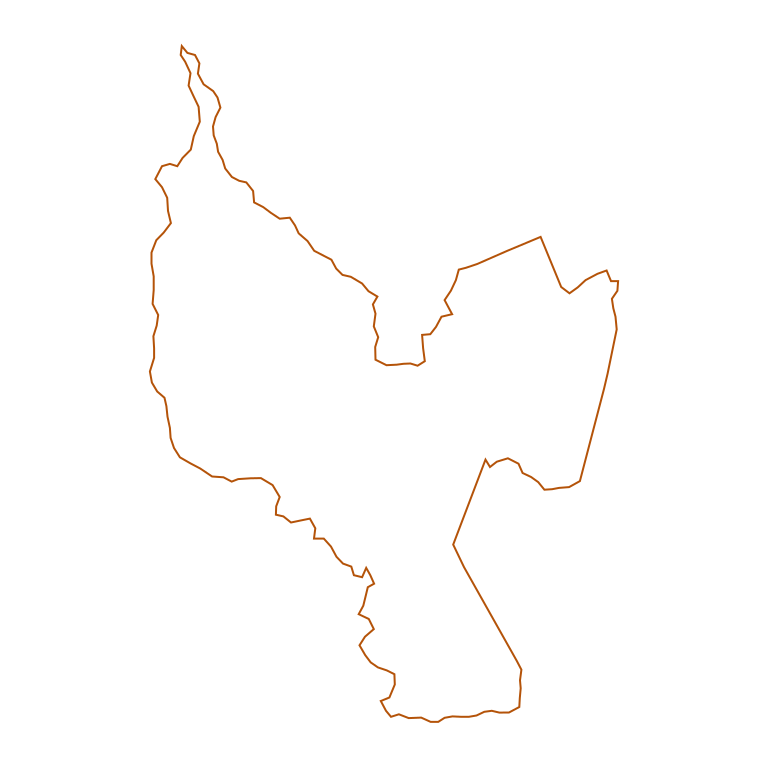 the district of São Martinho, Santa Catarina, Brazil
{"feature_id": "56859067B20212770642910", "entity_name": "São Martinho", "entity_type": "district", "adm_level": 2, "iso_a3": "BRA", "parent_name": "Brazil", "parent_adm1": "Santa Catarina", "projection": "mercator", "projection_center": [-48.982, -28.115], "detail": "fine", "context": "isolated", "style": "outline", "palette": "amber", "viewbox_px": 768, "rotation_deg": 0, "n_neighbors": 0, "source": "geoboundaries", "source_scale": "gbopen_adm2", "svg_char_len": 2526}
<svg xmlns="http://www.w3.org/2000/svg" viewBox="0 0 768 768"><path d="M491.8,710.8L499.4,712.6L509.0,712.5L519.3,707.0L519.8,698.0L520.7,688.3L520.0,680.3L521.4,669.7L516.9,661.1L464.0,567.1L453.2,544.6L485.5,459.6L490.0,467.0L496.8,461.7L507.9,458.3L518.5,463.7L522.6,473.0L531.1,477.0L538.2,482.1L544.4,489.7L552.1,489.2L559.0,487.9L569.1,487.1L579.9,481.1L604.0,388.9L607.6,373.6L616.7,329.4L615.5,316.7L613.3,308.2L611.9,298.8L617.4,290.8L618.1,281.1L611.0,281.1L606.6,270.5L597.5,273.8L585.6,280.1L577.7,287.4L569.5,293.3L561.2,287.0L540.6,236.9L532.7,240.2L507.1,250.9L477.2,264.0L465.9,267.8L458.8,269.6L455.9,280.1L450.9,290.7L444.6,300.1L452.1,314.2L441.5,316.7L436.0,326.9L430.3,334.2L422.1,334.9L423.1,348.1L424.8,361.2L417.6,365.7L410.4,363.5L403.4,363.8L396.6,364.7L386.5,365.2L375.5,359.7L375.2,347.0L378.2,337.2L373.8,326.4L375.5,313.7L372.9,304.4L377.4,296.6L368.5,291.2L362.1,283.5L350.8,276.8L342.5,274.9L336.2,268.6L331.4,259.7L324.0,255.9L314.2,250.8L307.5,241.0L298.7,233.4L295.0,225.4L289.8,217.7L279.7,218.7L271.1,213.0L263.2,207.1L254.1,202.4L253.1,191.0L246.3,182.4L239.2,180.8L231.9,177.0L225.2,168.5L222.6,159.9L218.1,151.8L216.8,143.7L213.7,135.4L213.0,126.5L215.6,117.1L220.4,107.6L217.5,97.5L213.2,91.1L203.6,84.3L197.9,73.7L199.4,63.4L195.0,55.0L187.4,52.9L181.8,46.1L180.7,55.0L185.2,61.8L190.5,73.2L188.6,85.6L193.4,95.9L198.6,106.8L199.8,121.7L193.8,136.1L190.8,149.6L182.6,157.9L177.3,166.2L169.9,163.9L162.0,166.2L155.3,179.1L162.0,187.2L167.2,197.8L168.0,210.9L170.9,223.1L163.7,232.6L156.3,240.2L151.5,252.6L151.5,263.7L153.7,276.4L153.7,290.0L152.6,303.9L158.2,315.0L156.7,325.6L153.4,336.2L154.1,348.4L154.1,357.9L149.9,371.5L151.9,382.6L157.2,391.5L164.5,397.8L166.4,406.2L167.5,416.7L169.9,427.9L170.6,437.9L174.0,448.0L179.9,457.3L190.5,463.4L200.2,468.5L212.1,476.5L223.5,477.3L231.7,481.6L238.1,479.1L250.4,478.3L260.9,478.1L272.6,485.1L279.7,497.0L276.2,506.3L275.9,514.7L283.4,516.4L291.0,522.5L299.6,520.7L309.9,518.6L315.3,528.3L314.0,538.6L323.8,538.6L331.0,546.6L336.5,556.8L343.0,563.6L351.3,566.6L353.9,575.2L362.1,577.2L366.2,567.9L370.3,575.2L374.1,583.7L367.8,587.2L365.9,595.1L363.3,605.7L358.7,614.2L368.8,619.0L373.8,629.1L365.0,636.7L359.5,645.3L365.2,655.1L370.7,662.4L377.9,667.4L386.8,670.4L394.4,674.2L394.8,684.5L389.4,697.5L380.8,701.0L386.0,710.8L391.0,716.8L398.9,714.3L408.7,718.1L421.2,717.6L430.7,721.9L438.2,721.9L444.6,717.8L452.5,716.4L461.1,716.8L468.9,716.8L476.5,715.5L484.3,711.8L491.8,710.8Z" fill="none" stroke="#b45309" stroke-width="2"/></svg>